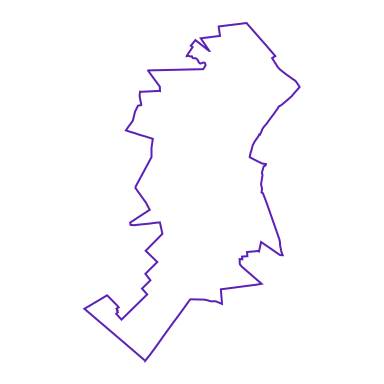 outline of Socodor, Arad, Romania
{"feature_id": "2599482B92600377447985", "entity_name": "Socodor", "entity_type": "district", "adm_level": 2, "iso_a3": "ROU", "parent_name": "Romania", "parent_adm1": "Arad", "projection": "albers", "projection_center": [21.428, 46.517], "detail": "fine", "context": "isolated", "style": "outline", "palette": "violet", "viewbox_px": 384, "rotation_deg": 0, "n_neighbors": 0, "source": "geoboundaries", "source_scale": "gbopen_adm2", "svg_char_len": 3008}
<svg xmlns="http://www.w3.org/2000/svg" viewBox="0 0 384 384"><path d="M145.1,361.0L146.2,359.6L147.8,357.5L149.3,355.7L156.4,346.1L162.8,337.0L167.7,330.2L172.7,323.3L176.9,317.7L182.5,310.1L190.1,299.5L190.7,299.3L203.7,299.6L206.7,300.1L211.0,301.3L212.9,301.3L215.4,301.2L217.7,302.1L218.7,302.5L222.0,303.9L221.8,300.7L221.5,297.5L220.9,289.3L228.0,288.4L247.0,285.9L256.4,284.7L261.6,283.8L246.0,270.3L241.8,266.7L239.9,264.3L239.8,263.8L239.6,259.1L242.3,259.3L242.0,256.6L247.4,256.2L247.0,252.1L249.1,251.8L254.1,251.4L256.5,251.1L258.4,251.0L258.5,251.3L259.0,251.5L261.1,242.0L280.1,255.1L282.7,255.2L281.4,251.9L280.1,245.4L279.9,241.5L279.5,240.6L279.4,239.4L276.6,231.4L267.7,205.9L265.6,200.2L262.9,193.2L262.3,192.8L261.5,192.5L262.1,188.9L261.4,186.1L261.1,184.6L261.1,183.7L261.5,181.4L262.5,175.2L262.4,174.3L261.9,173.1L261.9,172.7L263.2,168.0L263.6,166.7L264.0,166.2L265.3,165.7L265.8,164.7L266.0,164.1L262.4,163.6L258.0,161.5L256.6,160.8L251.6,158.2L249.7,157.2L250.6,152.7L251.4,150.3L252.8,145.0L253.6,143.7L254.4,142.0L254.9,141.2L257.9,137.0L259.4,134.3L260.0,134.6L260.9,132.7L262.6,128.7L264.2,126.4L266.6,123.8L268.6,120.9L270.6,118.2L274.2,113.4L278.3,107.6L278.6,106.6L279.0,106.3L281.1,105.3L288.9,98.7L291.8,96.1L293.1,94.4L298.7,88.1L299.6,87.0L298.9,85.8L297.2,83.3L295.8,81.3L294.1,79.8L293.2,79.4L291.9,78.5L290.0,77.0L286.9,74.9L283.9,72.6L281.2,70.5L280.0,69.5L278.6,68.0L277.7,67.0L277.6,66.7L276.8,65.7L275.9,63.9L275.7,63.8L272.1,58.1L272.6,57.8L273.3,57.3L275.3,56.1L274.1,54.7L266.5,45.8L247.1,23.7L246.6,23.0L240.4,23.8L222.4,26.0L218.7,26.5L218.9,28.3L220.0,35.9L200.8,38.3L209.3,50.9L209.1,50.9L195.4,40.1L191.2,45.3L190.8,45.7L192.6,47.1L189.6,51.6L187.4,54.8L186.9,55.7L186.8,56.1L187.6,55.9L188.1,55.9L188.5,55.9L189.4,56.2L190.2,56.4L190.7,56.4L191.3,56.3L191.6,56.4L192.0,56.4L192.3,57.5L192.8,57.9L193.0,58.0L194.0,58.3L195.0,58.2L195.7,58.3L196.7,58.9L197.3,59.5L197.8,60.1L198.6,61.9L199.3,62.8L199.9,63.4L200.9,63.5L201.4,63.3L202.6,62.7L204.2,62.6L204.7,62.8L205.0,63.1L205.6,65.3L203.2,69.2L192.0,69.4L171.9,69.9L148.3,70.4L148.1,70.6L153.7,78.4L159.8,86.6L160.0,91.1L159.1,90.9L153.2,91.2L147.5,91.5L141.5,91.8L140.1,91.6L139.8,93.9L139.6,96.1L141.3,105.0L140.9,105.2L137.9,105.7L136.1,109.6L135.1,111.4L133.1,119.7L132.6,121.0L130.8,123.5L128.3,126.9L125.9,130.4L131.1,132.1L133.2,132.7L135.2,133.3L136.4,133.7L137.1,134.0L140.6,135.1L144.8,136.3L152.8,138.8L151.5,148.0L151.5,157.1L135.6,186.7L135.4,187.9L142.0,197.2L145.2,201.6L146.0,202.7L149.7,209.8L144.5,213.2L136.5,218.4L133.9,220.2L130.2,222.5L130.5,224.9L134.1,225.2L140.2,224.5L148.8,223.7L155.2,222.8L159.9,222.4L162.4,233.8L145.7,250.8L157.3,262.0L145.4,273.8L150.4,280.3L142.0,288.6L147.2,294.4L121.5,319.6L116.2,313.8L117.9,312.2L117.0,310.9L117.6,310.3L116.5,308.7L118.7,307.3L115.6,303.9L107.1,295.3L102.0,298.4L95.7,302.1L92.3,304.1L90.9,305.0L89.4,305.9L86.9,307.3L84.4,308.8L117.7,337.2L118.3,337.7L144.9,360.5L145.1,361.0Z" fill="none" stroke="#5b21b6" stroke-width="2"/></svg>